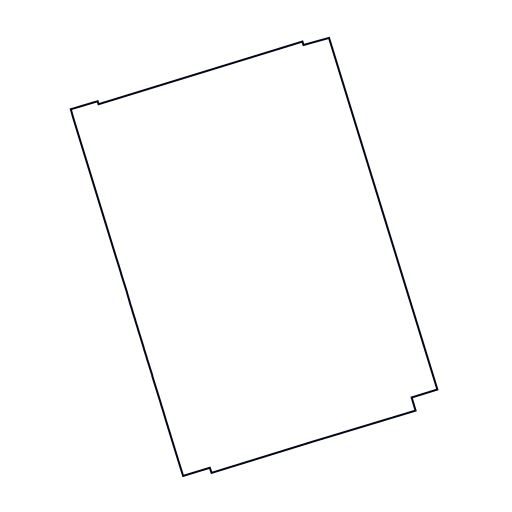 outline of Cheyenne, Nebraska, United States of America, rotated 73°
{"feature_id": "52423323B82080185563288", "entity_name": "Cheyenne", "entity_type": "district", "adm_level": 2, "iso_a3": "USA", "parent_name": "United States of America", "parent_adm1": "Nebraska", "projection": "robinson", "projection_center": [-102.944, 41.22], "detail": "fine", "context": "isolated", "style": "outline", "palette": "ink", "viewbox_px": 512, "rotation_deg": 73, "n_neighbors": 0, "source": "geoboundaries", "source_scale": "gbopen_adm2", "svg_char_len": 745}
<svg xmlns="http://www.w3.org/2000/svg" viewBox="0 0 512 512"><g transform="rotate(73 256 256)"><path d="M436.7,121.6L68.8,122.4L68.1,148.9L64.5,148.9L64.8,362.2L61.7,362.2L61.5,390.2L70.2,390.4L71.4,390.4L215.0,390.2L215.6,390.2L224.2,390.1L224.9,390.1L232.3,390.1L234.6,390.2L253.1,390.0L254.1,390.1L262.9,390.2L263.5,390.3L272.4,390.2L273.0,390.3L273.9,390.3L274.5,390.3L281.9,390.2L282.8,390.3L291.6,390.2L292.4,390.3L301.2,390.2L302.1,390.2L310.8,390.2L311.7,390.3L320.7,390.2L321.7,390.3L330.0,390.2L331.5,390.2L339.6,390.1L341.1,390.3L368.2,390.1L371.6,390.2L377.7,390.1L385.3,390.2L428.6,390.1L445.0,390.0L445.0,362.1L450.4,361.9L450.1,255.3L450.5,148.6L436.8,148.5L436.7,121.6Z" fill="none" stroke="#020617" stroke-width="2"/></g></svg>